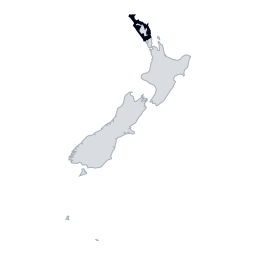 New Zealand, with Northland highlighted
{"feature_id": "NZL-3404", "entity_name": "Northland", "entity_type": "Regional Council", "adm_level": 1, "iso_a3": "NZL", "parent_name": "New Zealand", "parent_adm1": "", "projection": "robinson", "projection_center": [173.848, -35.399], "detail": "medium", "context": "in_parent", "style": "outline", "palette": "ink", "viewbox_px": 256, "rotation_deg": 0, "n_neighbors": 0, "source": "natural_earth", "source_scale": "10m", "svg_char_len": 5218}
<svg xmlns="http://www.w3.org/2000/svg" viewBox="0 0 256 256"><path d="M134.5,101.6L135.6,101.7L140.8,98.0L142.9,97.2L143.5,97.1L142.4,98.2L142.6,99.0L141.4,101.5L142.4,101.1L143.0,99.4L143.7,99.1L143.5,98.1L146.6,98.4L145.5,100.1L143.9,101.2L144.9,101.2L147.3,99.4L147.2,100.5L144.2,103.5L145.1,105.2L144.3,106.5L145.2,106.3L146.4,107.4L145.7,108.8L142.3,112.2L141.8,114.0L138.9,117.1L135.6,122.8L129.6,126.5L130.7,127.5L128.6,128.9L130.3,128.6L131.4,130.8L134.1,131.5L134.3,133.6L132.6,134.2L130.9,133.2L128.4,133.6L129.2,132.8L128.2,132.2L126.3,133.9L123.7,131.9L125.2,134.3L119.9,137.0L117.8,137.3L117.0,138.8L115.8,138.9L116.5,139.3L114.9,147.0L113.5,146.9L114.8,147.8L114.6,148.5L112.9,150.7L110.6,156.5L111.5,157.8L111.4,158.8L107.1,160.3L100.8,167.2L95.0,168.1L91.7,167.3L87.9,167.8L87.2,165.9L85.9,164.8L82.4,164.9L80.8,162.7L79.4,162.2L77.7,163.3L72.4,163.1L71.4,162.8L71.2,162.0L73.1,159.8L71.3,161.0L70.5,160.9L71.2,159.9L71.1,159.0L68.9,159.9L69.0,158.0L73.9,156.8L71.9,156.7L71.8,156.0L73.7,154.6L71.1,154.7L71.5,153.1L72.9,153.1L72.3,151.9L75.2,153.1L74.8,152.0L75.9,151.6L73.9,150.8L73.8,149.6L74.8,148.7L76.1,149.1L75.2,148.0L77.6,145.9L78.2,147.5L78.3,145.2L81.2,143.0L82.5,143.9L81.9,141.8L86.9,136.6L89.7,135.2L91.3,135.5L93.9,133.9L95.0,134.5L94.5,133.3L94.9,132.8L101.5,129.8L101.5,128.8L102.2,128.7L101.7,128.4L105.5,125.1L107.1,125.4L106.1,124.4L107.7,123.6L109.2,124.2L108.3,123.2L109.8,122.6L110.5,123.5L110.5,122.2L112.8,119.6L113.3,121.7L113.5,121.4L113.4,119.3L115.0,116.9L116.2,116.4L115.6,115.6L117.9,108.1L120.4,107.1L122.6,104.9L124.0,100.7L124.5,97.5L125.8,95.1L129.6,92.1L132.7,92.1L130.5,92.5L130.2,94.0L130.9,95.3L133.1,96.3L134.5,101.6ZM132.6,16.9L136.0,22.5L137.7,20.8L138.0,22.1L141.3,23.6L141.9,23.1L144.6,24.6L145.0,26.6L146.9,25.9L149.2,30.1L148.8,31.2L149.6,32.7L147.7,32.8L151.9,39.3L151.4,41.5L152.1,43.1L151.0,45.9L152.8,46.8L153.4,46.1L157.0,47.9L157.9,50.5L159.6,50.5L159.0,44.0L158.0,42.4L158.8,41.3L161.0,44.8L162.0,44.6L163.1,47.4L164.2,53.4L165.6,55.3L164.8,55.0L164.7,55.5L165.4,56.1L172.2,59.1L177.4,60.4L180.4,59.2L182.2,56.8L185.2,54.9L187.9,55.1L190.6,56.6L189.1,60.0L187.6,67.4L184.6,69.6L183.8,73.4L184.4,74.9L183.8,76.1L182.5,74.5L179.8,74.0L175.2,75.9L173.9,77.7L173.7,80.1L175.5,81.6L172.7,87.6L171.1,89.3L163.7,100.8L156.8,105.8L155.9,105.3L155.4,103.4L152.5,103.4L152.7,101.2L152.3,100.9L151.2,102.2L150.0,101.8L155.4,93.4L156.3,89.3L155.4,87.1L153.9,85.1L149.3,83.3L147.1,81.2L142.8,79.5L141.6,78.4L141.1,77.1L141.9,74.8L144.2,73.5L147.6,72.6L149.7,70.4L150.9,63.4L152.2,60.8L151.8,59.2L153.1,58.1L151.1,53.6L151.5,52.2L150.9,52.0L149.6,49.2L150.4,49.1L151.1,50.6L151.9,49.3L153.2,49.0L151.7,47.2L149.8,47.8L148.5,47.2L147.5,44.5L145.5,41.6L146.1,41.5L147.7,42.9L148.3,41.8L147.2,40.1L147.6,38.4L146.3,37.4L146.2,38.5L143.9,36.9L142.6,34.2L142.7,35.6L145.3,39.5L144.5,40.3L144.1,39.9L137.4,29.6L139.6,26.8L138.2,27.3L137.0,29.1L136.3,28.4L135.9,27.1L134.2,25.4L135.0,24.3L135.0,23.0L129.9,15.9L133.5,15.6L132.6,16.9ZM83.7,168.9L85.6,171.5L84.6,171.3L84.6,171.8L86.6,172.4L86.6,173.5L79.6,175.9L82.2,171.5L82.0,169.0L83.7,168.9ZM68.1,218.2L68.8,219.8L66.6,219.0L65.4,219.4L67.1,217.8L67.3,216.1L68.9,216.4L68.1,218.2ZM159.3,37.6L159.7,39.6L157.6,38.1L157.5,37.1L158.0,36.3L159.3,37.6ZM142.6,96.4L141.2,97.2L141.6,95.6L143.1,94.6L142.6,96.4ZM71.3,156.1L71.1,157.0L69.2,156.7L70.7,155.6L71.3,156.1ZM97.6,239.8L98.1,240.4L97.2,240.6L96.1,239.7L97.6,239.8ZM73.4,150.3L73.9,151.7L72.6,151.0L73.4,150.3Z" fill="#d9dde1" stroke="#a8b0b8" stroke-width="1"/><path d="M150.4,37.0L147.2,39.1L146.7,38.7L147.3,38.9L147.9,37.4L148.2,37.4L148.0,37.0L147.6,36.9L147.5,37.7L147.0,38.2L146.4,37.5L146.5,36.8L145.4,37.2L146.1,37.7L146.1,38.2L146.5,38.0L146.8,38.4L146.2,38.7L145.0,37.5L144.3,37.5L143.5,36.8L143.3,35.9L142.5,34.9L143.0,34.3L142.6,33.7L142.7,34.4L142.3,34.9L143.1,35.8L143.6,37.2L144.9,38.8L145.3,38.8L145.6,39.7L145.3,40.2L144.3,40.4L143.8,38.7L137.3,30.0L137.8,28.3L138.2,28.0L138.7,28.5L138.7,27.8L139.0,28.2L139.1,27.5L139.7,27.4L140.0,26.7L139.3,26.5L139.2,27.0L139.0,26.2L139.0,27.3L137.3,27.7L136.9,29.3L135.9,27.7L136.4,26.6L135.9,26.8L135.6,27.4L135.1,26.8L135.7,26.3L134.9,26.4L134.0,25.4L134.2,25.1L134.6,25.2L135.1,24.2L134.7,22.1L130.9,17.1L129.6,16.2L129.9,15.4L131.2,15.8L131.9,15.4L133.8,15.4L133.4,15.8L133.4,16.8L133.1,16.8L132.7,16.1L132.0,17.0L133.0,17.3L133.1,18.4L133.3,17.6L133.1,17.0L133.4,17.1L133.8,19.0L134.9,20.2L135.0,20.7L134.3,19.9L134.3,20.4L136.1,21.6L135.8,22.9L136.4,23.0L136.9,22.4L136.8,21.1L137.5,20.8L137.7,20.2L137.7,20.9L138.2,20.7L138.3,21.1L137.3,21.6L137.8,22.5L139.2,23.0L139.0,22.1L139.2,21.9L140.1,22.4L140.7,22.3L141.3,22.9L140.6,23.6L141.0,24.0L141.5,23.0L142.4,22.8L143.4,24.3L144.9,24.5L145.2,25.1L144.7,25.2L144.1,24.7L143.8,24.9L144.1,25.3L143.7,25.5L144.5,25.5L145.1,27.4L145.3,26.9L146.2,26.8L145.2,26.4L145.1,26.2L146.4,26.2L147.2,25.3L147.1,26.7L147.7,26.8L148.0,27.5L147.0,26.9L147.6,28.0L148.3,28.3L148.8,29.1L148.4,29.3L149.6,30.6L149.4,31.0L148.5,30.9L149.3,31.4L148.9,31.8L149.7,32.4L149.9,33.4L149.4,33.3L148.7,32.4L147.6,32.7L147.3,31.8L147.2,32.0L147.2,33.4L147.9,33.1L148.8,33.2L148.9,33.7L148.5,34.2L148.7,35.2L150.0,35.9L150.4,37.0Z" fill="none" stroke="#020617" stroke-width="2"/></svg>